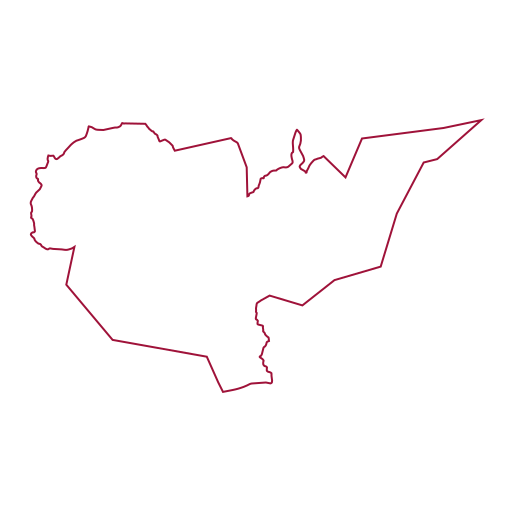 Corquin, Copán, Honduras
{"feature_id": "27666195B19048967289825", "entity_name": "Corquin", "entity_type": "district", "adm_level": 2, "iso_a3": "HND", "parent_name": "Honduras", "parent_adm1": "Copán", "projection": "albers", "projection_center": [-88.867, 14.553], "detail": "fine", "context": "isolated", "style": "outline", "palette": "rose", "viewbox_px": 512, "rotation_deg": 0, "n_neighbors": 0, "source": "geoboundaries", "source_scale": "gbopen_adm2", "svg_char_len": 5938}
<svg xmlns="http://www.w3.org/2000/svg" viewBox="0 0 512 512"><path d="M218.2,382.3L223.0,391.9L232.7,390.0L235.4,389.4L238.1,388.7L240.7,387.9L243.6,386.9L246.9,385.5L249.9,384.0L250.8,383.7L251.8,383.5L265.9,382.5L270.4,383.4L271.0,383.2L271.5,382.9L271.7,382.6L271.9,382.3L272.1,380.6L271.5,375.8L271.5,374.0L271.4,373.2L270.7,372.6L269.6,372.1L268.6,371.9L268.0,371.7L267.4,371.3L266.9,370.8L266.8,370.5L266.8,369.6L266.8,368.7L267.0,367.8L266.9,367.3L266.5,366.8L265.9,366.4L265.4,366.2L264.8,366.1L264.4,365.9L263.8,365.3L263.3,364.4L263.2,363.7L263.2,362.7L263.3,361.7L263.6,360.9L263.6,360.7L263.5,360.4L263.1,359.8L262.4,359.0L260.1,357.4L259.8,357.1L259.7,356.9L259.8,356.7L259.9,356.4L260.7,356.0L261.2,355.5L261.9,354.1L263.4,348.1L263.6,347.6L264.0,347.1L265.1,346.3L265.7,345.5L266.2,344.4L266.5,343.1L266.7,342.5L266.8,342.2L267.2,341.8L267.6,341.6L268.2,341.3L268.8,341.1L269.0,341.0L268.9,340.3L268.7,338.3L268.6,337.8L268.4,337.4L268.1,337.2L267.0,336.4L265.6,335.0L265.1,334.3L264.8,333.3L264.5,332.8L264.2,332.4L263.6,331.9L263.2,331.4L263.1,330.9L263.3,330.3L262.9,327.6L263.0,326.5L262.9,326.0L262.6,325.7L262.0,325.5L260.1,325.0L258.4,324.6L257.8,324.3L257.6,324.1L257.5,323.8L257.6,322.3L257.8,321.2L257.8,320.8L257.5,320.4L257.0,319.8L256.7,319.6L256.1,319.3L255.9,318.9L255.8,318.2L256.7,313.6L256.6,312.7L256.1,312.1L256.0,311.7L256.1,310.1L256.0,308.3L256.5,305.2L256.6,304.2L256.8,303.7L257.0,303.2L257.7,302.6L259.6,301.4L261.0,300.4L269.6,295.6L302.4,305.4L334.5,280.1L380.7,266.6L396.8,213.6L423.7,162.5L437.2,159.1L481.3,120.1L443.5,128.0L362.0,138.5L345.5,177.4L323.6,156.1L322.4,156.7L321.1,157.7L319.8,158.1L317.8,158.6L316.0,159.3L314.9,159.6L314.3,159.9L313.7,160.4L312.4,161.8L311.0,163.4L309.5,165.5L309.1,166.4L308.2,168.4L306.9,170.8L306.7,171.4L306.6,172.2L306.5,172.5L306.3,172.6L306.1,172.7L305.7,172.6L305.4,171.7L304.9,171.2L301.6,169.3L300.9,168.9L300.3,168.0L299.9,167.3L299.7,166.8L299.7,166.3L300.1,165.5L300.6,164.8L302.5,163.1L303.8,161.5L304.1,160.8L304.2,159.9L303.8,158.2L303.1,156.0L300.0,150.3L299.4,149.0L299.1,148.0L299.1,147.3L299.2,146.6L300.3,143.7L300.9,140.5L300.9,137.4L300.8,136.0L300.6,134.6L300.2,133.7L299.4,132.6L297.5,130.3L297.0,129.8L296.9,129.8L296.4,130.5L295.5,132.5L293.1,140.0L292.9,140.9L292.8,142.2L292.8,143.5L293.1,147.6L293.2,149.9L293.1,151.5L293.1,151.9L292.9,152.2L292.2,152.7L291.9,153.0L291.5,154.0L291.4,154.8L291.4,156.0L291.8,158.3L292.1,159.5L292.5,160.8L292.6,161.6L292.6,162.5L292.4,162.9L292.2,163.3L288.3,166.7L287.7,167.0L286.8,167.3L286.0,167.4L285.1,167.4L283.7,167.2L282.7,167.3L281.7,167.5L280.0,168.1L278.5,168.8L277.2,169.6L276.8,169.9L276.4,170.4L276.1,170.5L273.6,170.6L272.3,170.9L271.5,171.3L270.7,171.7L269.9,172.3L268.6,173.9L267.3,175.1L266.8,175.3L266.2,175.6L265.3,175.7L264.7,176.0L264.2,176.5L264.0,176.8L263.8,177.3L263.8,177.9L263.6,178.2L263.2,178.3L262.6,178.1L262.0,178.2L261.4,178.3L260.9,178.6L260.7,178.8L260.6,179.1L260.0,182.2L259.5,183.7L258.8,185.4L258.6,186.2L258.5,187.1L258.2,187.8L257.7,188.2L256.5,188.3L256.0,188.6L255.5,188.9L254.3,190.2L253.9,190.9L253.6,191.7L253.4,192.0L253.0,192.2L251.7,192.6L249.8,193.4L249.4,193.8L249.0,194.5L248.9,194.9L248.9,195.4L248.8,195.6L248.1,196.1L247.4,196.3L246.7,167.3L237.8,143.3L236.8,142.3L234.1,140.8L233.2,140.2L232.0,139.2L231.5,138.4L231.0,138.1L174.8,150.7L174.1,149.4L173.5,148.3L173.0,147.2L172.6,145.7L172.4,145.5L169.2,142.3L165.5,139.8L165.0,139.6L164.4,139.7L163.8,139.9L160.1,141.4L159.8,141.4L159.6,141.2L159.2,140.8L158.9,139.7L157.8,137.2L157.6,136.7L157.5,135.7L157.2,135.2L156.1,134.3L155.1,133.8L154.8,133.6L153.3,131.5L153.1,131.4L152.5,131.4L151.6,130.9L149.0,128.7L148.2,127.5L147.3,126.6L146.3,125.0L145.3,123.8L124.8,123.4L124.4,123.5L124.0,123.6L123.6,123.5L122.9,123.2L122.2,123.1L122.0,123.3L121.3,124.7L120.5,125.9L120.2,126.2L119.5,126.6L118.3,127.2L117.1,127.5L115.2,127.5L113.0,127.9L103.4,130.0L97.9,129.8L96.4,129.6L95.6,129.4L94.6,128.9L91.8,127.2L89.8,126.6L88.8,126.4L88.6,126.7L88.4,127.9L87.6,131.1L86.8,133.6L85.9,136.0L85.5,136.6L85.1,137.1L84.2,137.8L82.4,138.6L80.0,139.5L77.7,140.3L76.4,140.7L75.1,141.5L73.7,142.4L72.0,143.8L70.6,145.1L69.8,146.0L68.8,147.1L67.6,148.4L65.9,150.2L64.6,151.8L64.3,152.3L63.9,153.5L63.6,154.0L63.2,154.5L62.0,155.4L60.4,156.2L58.9,157.6L57.4,158.8L57.0,159.0L56.4,159.1L56.0,159.0L55.5,158.8L54.8,158.0L53.8,156.2L53.3,155.7L50.3,155.9L48.4,155.5L47.9,156.9L47.6,158.8L47.7,159.7L47.8,160.2L48.2,161.0L48.2,161.7L46.4,166.4L45.9,167.4L45.5,167.8L44.6,168.0L43.6,168.1L42.1,168.0L41.1,168.0L39.4,168.2L38.3,168.5L37.4,169.0L36.7,169.6L36.3,170.3L36.0,171.0L35.9,171.7L36.0,172.3L36.1,172.7L36.5,173.3L36.6,173.7L36.6,174.4L36.3,175.3L36.2,175.9L36.2,176.8L36.4,177.6L36.9,178.3L37.1,178.5L37.7,178.7L38.0,179.0L38.1,179.5L38.0,180.2L38.0,180.6L38.1,180.9L38.5,181.6L39.2,182.5L40.3,183.3L40.9,183.9L41.5,184.8L41.6,185.3L41.5,185.8L41.1,186.7L39.8,189.2L39.3,189.7L36.2,192.6L35.4,193.8L34.0,196.4L32.8,197.9L31.4,200.6L30.9,201.7L30.8,202.4L30.7,203.0L30.8,203.8L31.0,204.5L31.5,205.6L31.8,206.8L32.0,208.0L32.1,209.5L32.1,210.5L32.0,211.3L31.8,211.8L31.2,212.5L31.1,213.0L31.2,214.1L31.5,216.0L31.4,216.5L31.1,217.2L31.1,217.6L31.2,217.9L31.4,218.1L32.1,218.5L32.5,218.8L33.2,220.2L33.7,221.8L34.1,223.3L34.1,225.2L34.4,226.9L34.9,230.9L34.9,231.3L34.7,231.6L34.5,231.9L34.1,232.2L33.7,232.4L33.1,232.3L32.6,232.4L32.0,232.8L31.4,233.2L31.2,233.5L31.0,233.9L30.9,234.3L30.9,234.6L31.2,235.3L32.0,236.3L32.6,236.9L33.6,237.7L34.1,238.3L34.4,238.8L34.6,239.7L34.9,240.2L35.6,241.2L36.6,242.2L37.5,242.9L38.4,243.6L38.9,243.7L39.8,243.9L40.4,244.2L40.9,244.7L41.5,245.8L42.0,246.4L43.6,247.3L45.5,248.6L46.1,248.9L46.9,249.2L47.5,249.3L48.0,249.3L48.5,249.1L49.4,248.5L49.8,248.4L50.2,248.4L53.0,248.9L61.7,249.4L64.6,249.8L65.7,249.9L66.8,249.9L68.6,249.5L71.4,248.6L72.7,248.0L74.4,246.9L66.3,284.7L112.6,339.9L206.8,356.7L218.2,382.3Z" fill="none" stroke="#9f1239" stroke-width="2"/></svg>